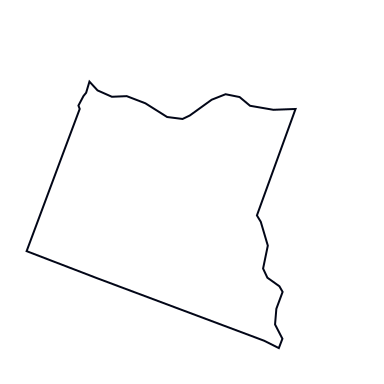 Clay, Florida, United States of America (Robinson projection), rotated 291°
{"feature_id": "52423323B4514438281509", "entity_name": "Clay", "entity_type": "district", "adm_level": 2, "iso_a3": "USA", "parent_name": "United States of America", "parent_adm1": "Florida", "projection": "robinson", "projection_center": [-81.803, 29.956], "detail": "fine", "context": "isolated", "style": "outline", "palette": "ink", "viewbox_px": 384, "rotation_deg": 291, "n_neighbors": 0, "source": "geoboundaries", "source_scale": "gbopen_adm2", "svg_char_len": 578}
<svg xmlns="http://www.w3.org/2000/svg" viewBox="0 0 384 384"><g transform="rotate(291 192 192)"><path d="M77.5,84.0L77.5,134.4L79.0,312.6L77.4,329.0L87.4,329.0L98.1,317.0L113.2,312.6L131.2,312.4L135.3,307.4L139.0,293.1L146.0,285.8L169.1,282.0L188.8,266.9L193.4,261.0L306.6,258.9L305.5,256.3L297.9,238.5L293.3,215.3L297.7,202.4L295.3,188.3L285.2,177.3L262.6,162.5L256.8,157.0L253.1,141.9L258.1,116.7L258.1,96.7L252.2,83.1L253.0,67.4L258.3,56.7L246.7,57.6L242.8,56.3L232.0,55.0L229.3,57.4L181.1,57.8L77.5,58.8L77.5,84.0Z" fill="none" stroke="#020617" stroke-width="2"/></g></svg>